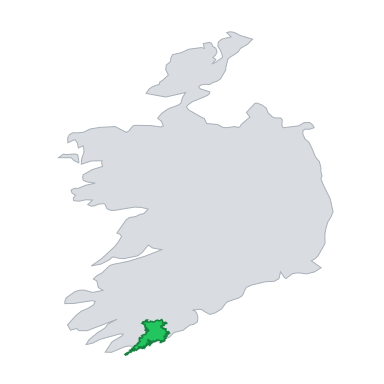 Skibbereen-West Cork Lea-5, Cork, Ireland shown in context, rotated 354°
{"feature_id": "5873133B33035753150692", "entity_name": "Skibbereen-West Cork Lea-5", "entity_type": "district", "adm_level": 2, "iso_a3": "IRL", "parent_name": "Ireland", "parent_adm1": "Cork", "projection": "equal_earth", "projection_center": [-9.179, 51.623], "detail": "fine", "context": "in_parent", "style": "filled", "palette": "green", "viewbox_px": 384, "rotation_deg": 354, "n_neighbors": 0, "source": "geoboundaries", "source_scale": "gbopen_adm2", "svg_char_len": 9329}
<svg xmlns="http://www.w3.org/2000/svg" viewBox="0 0 384 384"><g transform="rotate(354 192 192)"><path d="M252.5,57.6L242.8,62.5L241.3,64.4L238.6,72.0L238.3,74.1L232.2,82.5L228.8,84.3L223.6,85.6L220.6,87.0L216.9,86.3L212.2,86.4L209.9,87.9L210.0,89.1L211.4,90.4L220.2,94.3L219.7,95.9L217.2,97.7L201.7,102.3L197.0,105.0L195.4,106.9L197.1,109.9L209.7,119.0L211.8,120.0L213.7,125.4L224.7,127.6L229.3,130.9L233.2,131.7L241.6,131.4L245.0,132.7L247.0,131.7L248.0,130.0L257.4,123.5L254.4,118.6L263.8,110.4L266.4,110.5L271.0,113.0L274.7,116.5L276.0,121.2L279.5,125.4L281.8,126.9L287.9,127.7L289.3,129.4L288.3,135.5L289.3,137.6L304.8,137.4L310.9,134.7L316.3,135.2L319.0,138.0L320.2,140.8L315.6,141.9L310.8,141.3L308.5,143.1L308.4,146.7L310.1,151.3L313.4,154.6L316.1,162.0L318.5,170.2L321.9,175.2L322.7,181.4L322.3,184.4L323.0,189.9L321.6,191.8L322.8,197.0L328.8,213.6L330.2,226.6L327.5,231.4L323.9,236.1L321.6,241.6L319.8,247.5L318.9,257.1L310.9,268.4L307.5,271.2L303.5,272.9L312.5,280.8L305.4,284.3L297.5,285.4L288.8,283.4L283.4,283.7L276.6,287.8L275.1,287.0L271.7,280.6L269.4,287.3L264.4,289.4L255.9,288.9L241.6,290.7L236.1,292.6L233.9,295.6L232.2,299.1L230.0,301.1L227.5,302.2L216.4,304.7L214.3,305.8L209.2,311.4L202.5,314.6L196.9,315.6L192.0,312.3L189.9,310.4L187.6,309.4L180.0,309.5L182.4,310.5L184.0,312.8L184.8,317.2L183.9,321.6L180.2,323.7L175.7,324.2L168.7,328.6L159.3,329.9L154.3,334.0L123.4,341.0L121.6,341.1L117.4,339.3L112.7,338.5L108.1,339.1L95.1,343.0L88.9,342.2L96.9,332.5L107.7,327.6L108.8,326.2L105.3,325.6L84.9,329.0L77.7,331.9L70.7,332.7L74.0,328.3L83.1,322.2L91.0,318.3L94.5,314.7L104.1,310.7L73.1,319.0L64.9,318.0L63.0,315.7L56.7,316.7L54.3,311.1L63.8,302.6L69.3,299.0L75.8,297.0L82.0,294.2L84.4,290.7L81.4,289.6L62.7,290.5L53.8,289.7L54.3,287.0L55.9,284.0L65.3,278.8L70.3,277.9L74.8,278.4L82.7,281.5L93.2,280.5L88.8,277.2L88.1,270.5L84.7,268.2L89.0,265.1L93.9,263.2L102.1,256.8L105.1,255.8L121.2,254.3L138.7,250.9L156.0,246.2L147.1,243.6L142.9,240.2L136.0,247.1L131.1,249.8L117.2,251.2L112.9,250.4L106.7,248.3L104.8,249.1L103.0,250.7L93.8,254.2L84.1,255.0L95.4,248.7L109.6,238.1L112.8,234.8L117.3,229.0L115.9,226.4L113.0,225.0L123.3,213.1L126.9,210.9L133.5,210.5L138.3,208.7L140.5,208.7L142.4,208.0L146.6,204.4L140.1,202.1L133.3,201.0L112.5,202.2L109.8,201.9L107.2,200.8L105.5,199.3L104.3,195.2L102.7,194.3L98.0,194.3L93.4,195.6L90.2,195.5L87.0,193.7L92.1,189.6L85.6,188.6L78.9,189.4L73.4,188.2L73.3,185.6L75.8,183.0L72.6,180.6L71.9,177.5L75.4,176.0L79.2,176.5L86.9,174.2L96.8,173.1L88.4,170.9L85.0,168.9L84.8,166.0L85.5,163.5L95.4,159.2L105.8,157.3L105.1,154.5L105.8,151.5L95.2,150.6L84.8,152.8L85.9,147.0L88.5,141.8L89.0,138.4L88.5,134.7L83.6,136.3L83.1,131.1L81.0,127.6L73.7,130.0L74.0,125.3L76.1,122.1L79.8,120.6L83.6,121.2L90.5,121.2L97.3,118.7L107.0,118.1L122.4,118.9L133.0,125.8L135.7,124.6L139.9,120.2L141.9,119.7L157.9,121.6L167.8,124.1L170.5,123.3L169.0,118.5L165.6,115.1L169.9,110.7L175.1,107.8L178.6,106.3L186.6,104.4L190.1,102.7L192.4,97.1L196.0,92.4L175.9,94.8L156.7,89.2L159.8,85.3L163.8,83.1L170.8,81.4L171.4,79.3L174.9,77.6L180.7,73.2L178.6,67.4L179.7,63.1L183.9,60.3L185.1,56.4L187.0,53.4L195.5,52.4L203.6,49.7L216.2,49.3L219.4,50.4L218.7,45.6L224.6,45.0L226.9,46.0L227.9,49.4L230.7,51.5L231.5,55.3L229.8,58.2L226.8,60.4L229.6,62.7L225.3,66.9L229.9,65.1L236.5,61.1L236.1,57.7L234.9,53.6L233.0,49.8L233.8,45.7L237.5,43.1L247.1,41.8L243.1,37.1L246.6,36.6L250.5,37.6L256.2,41.3L268.3,46.4L262.5,51.0L255.3,54.2L252.5,57.6ZM82.7,148.9L82.4,151.2L77.8,148.3L75.5,145.3L62.8,143.9L68.1,140.8L70.7,141.7L79.7,141.9L82.2,143.1L82.7,148.9Z" fill="#d9dde1" stroke="#a8b0b8" stroke-width="1"/><path d="M148.5,315.7L148.0,316.1L147.5,316.1L147.2,316.4L146.1,316.8L145.2,316.3L144.9,316.0L144.1,315.9L142.6,316.1L141.5,317.0L140.7,317.1L139.5,317.1L139.1,316.7L138.2,316.5L137.8,316.6L137.4,316.3L137.4,316.6L135.0,316.9L134.4,316.8L134.0,316.2L133.3,316.3L133.5,315.9L133.3,315.6L134.0,315.1L133.8,314.9L134.1,314.7L133.1,314.5L132.3,315.1L132.3,315.7L131.9,316.1L130.8,315.9L129.5,316.1L129.3,316.4L129.9,316.4L129.7,316.9L129.8,317.1L128.8,317.6L130.4,318.3L130.5,318.9L131.5,319.2L131.3,319.7L131.4,319.8L131.3,320.1L131.1,320.4L131.2,320.7L131.1,320.8L131.2,321.4L131.8,321.7L131.5,321.8L131.7,322.5L131.9,322.6L131.5,322.7L131.7,323.3L131.6,323.5L132.5,323.4L132.2,324.0L131.3,324.1L131.1,324.3L130.4,324.1L131.4,324.8L131.7,325.3L133.0,324.9L132.9,324.7L133.1,324.6L133.9,324.2L134.1,324.7L133.5,324.9L134.4,325.3L133.8,325.9L132.5,326.2L131.7,326.7L132.2,327.3L131.8,327.6L131.6,328.1L130.8,328.5L130.5,329.0L129.6,328.7L126.9,329.6L127.1,330.3L127.8,331.0L127.4,331.4L127.2,332.0L125.6,332.1L125.2,331.3L124.7,331.2L124.5,331.4L124.5,331.9L124.2,332.1L124.3,333.6L124.0,333.8L124.3,334.2L124.6,334.8L124.8,334.9L124.9,335.3L124.0,335.3L123.2,336.1L122.7,336.1L122.6,336.4L123.0,336.6L123.0,336.9L121.7,337.2L121.9,338.1L121.3,338.2L120.8,338.6L119.5,338.6L118.9,338.9L118.7,339.2L118.8,339.8L117.2,340.6L117.0,341.0L116.9,341.5L117.3,341.9L117.6,341.7L118.6,342.0L118.2,342.5L117.7,342.5L117.9,342.7L117.5,343.1L118.0,342.8L117.9,343.3L118.6,343.4L118.9,343.3L119.1,342.9L119.1,343.2L120.0,343.2L120.0,343.4L120.3,343.5L120.4,343.2L121.8,342.6L122.6,342.0L122.8,342.1L123.7,341.7L123.4,341.3L123.4,340.9L123.0,341.0L123.1,341.3L122.7,340.8L122.6,340.5L122.7,340.4L123.2,340.4L123.4,340.8L123.6,341.2L124.1,341.0L124.0,341.3L124.3,341.2L124.4,341.4L124.7,341.3L124.5,341.0L125.3,340.8L125.4,341.1L125.2,341.3L125.4,341.3L125.1,341.7L125.4,341.7L125.4,341.8L125.0,342.2L126.3,341.5L127.0,341.5L127.2,341.2L127.2,341.5L127.6,341.6L127.0,341.9L126.8,342.3L127.3,342.2L127.8,342.4L128.3,342.0L128.9,342.0L129.0,341.8L128.8,341.8L128.6,341.5L128.8,341.3L128.5,341.1L129.2,340.5L129.0,340.4L129.2,340.2L130.2,340.3L130.3,340.1L130.2,340.0L130.6,339.6L130.3,339.4L131.3,338.8L131.3,338.5L131.5,338.5L131.4,338.2L131.8,338.4L131.1,339.4L131.2,339.6L131.6,339.5L131.9,339.3L132.3,339.3L132.4,339.1L132.3,338.9L132.0,338.9L132.1,338.6L132.8,338.4L132.5,338.9L132.9,339.2L133.6,338.7L134.0,338.7L133.6,338.3L134.7,338.0L134.4,337.6L134.7,337.9L135.4,337.8L134.8,337.1L134.9,336.9L134.7,336.9L135.1,336.6L134.8,336.5L134.9,336.3L133.9,336.1L133.2,336.1L133.5,335.9L133.5,335.3L132.9,335.1L133.0,334.9L132.6,334.6L133.1,334.4L133.1,334.6L133.5,334.8L133.7,335.5L133.9,335.8L134.3,335.8L134.5,335.6L135.3,335.9L135.3,336.2L135.6,336.6L135.9,336.6L136.0,336.8L136.1,337.0L136.5,336.9L136.9,337.2L138.1,336.9L138.4,336.7L137.8,336.3L137.9,336.0L138.6,336.6L139.2,336.7L139.6,336.4L139.4,336.2L140.1,336.6L140.3,336.4L140.2,336.2L140.5,336.0L141.4,336.1L141.6,335.9L141.3,335.7L141.5,335.5L141.8,335.7L142.2,335.5L142.8,335.6L143.6,336.1L143.9,336.0L145.0,336.6L145.1,337.4L145.3,337.3L145.2,337.5L145.4,338.1L145.0,338.4L145.4,338.5L145.6,338.2L146.1,337.9L146.1,337.7L145.9,337.5L146.2,337.1L147.1,337.1L147.2,337.6L147.4,337.5L147.6,337.7L148.4,337.1L148.6,337.0L148.8,337.1L148.8,336.6L149.4,336.7L149.3,336.3L149.4,336.1L149.0,336.0L149.2,335.5L149.1,335.4L149.8,335.1L149.8,334.9L150.7,334.7L150.5,334.4L150.9,333.5L149.1,333.1L149.2,332.5L150.6,333.0L151.3,333.2L152.0,332.7L151.9,332.6L152.2,332.4L151.9,332.0L152.0,331.8L151.7,331.9L151.3,331.8L151.3,331.4L150.8,331.1L150.7,330.6L152.3,329.7L153.4,330.0L153.6,330.4L153.4,330.6L153.5,330.8L153.8,330.6L153.7,330.4L153.9,330.1L154.7,329.9L154.5,329.7L154.5,329.0L154.1,328.4L153.2,328.4L152.8,328.7L152.1,328.6L151.8,328.0L151.9,327.7L151.1,326.3L151.8,325.9L151.8,325.4L150.8,325.2L150.5,325.6L149.8,325.5L149.2,324.9L149.4,324.9L149.5,324.4L148.3,324.4L148.1,323.2L146.9,323.0L146.8,322.7L147.4,321.9L147.9,321.7L147.8,321.9L148.3,322.1L149.1,321.7L149.3,321.9L150.2,321.8L150.6,321.5L150.6,320.9L150.9,320.7L150.8,320.4L152.6,319.9L153.1,320.1L153.2,319.8L152.7,319.3L152.6,318.9L152.8,318.8L151.6,318.8L150.7,319.4L149.9,319.7L149.4,319.6L149.3,319.1L149.5,318.7L149.4,318.3L148.6,318.2L149.4,317.9L149.3,317.4L149.2,317.1L149.1,316.5L148.5,315.7ZM111.8,344.7L110.1,345.8L109.9,345.5L109.3,345.9L109.5,345.9L108.6,346.8L109.1,346.6L108.9,346.7L109.1,346.8L109.0,347.2L109.5,347.2L109.4,347.4L109.7,346.8L110.1,346.6L110.0,346.2L110.4,346.2L110.3,346.5L110.5,346.9L111.6,346.2L111.7,345.9L112.9,345.0L112.6,344.9L112.6,344.7L111.8,344.7ZM115.4,344.1L116.6,343.4L116.8,343.5L116.6,343.1L117.0,343.2L116.7,342.6L116.8,342.4L116.6,342.2L116.9,342.0L116.8,341.7L116.2,341.6L115.6,342.0L116.0,342.2L115.8,342.3L115.7,342.7L116.4,342.9L116.3,343.1L116.0,343.3L116.2,343.1L115.6,343.1L115.7,342.7L115.4,342.5L114.5,342.7L114.8,342.8L114.6,343.0L115.2,342.9L115.3,343.1L115.2,343.2L115.4,343.2L115.1,343.5L115.3,343.5L115.2,343.7L114.2,344.0L114.6,344.0L114.3,344.3L114.5,344.2L114.3,344.5L114.5,344.8L114.6,344.6L115.2,344.5L115.4,344.1ZM130.3,340.3L130.7,340.3L130.9,340.1L130.3,340.3ZM134.7,338.3L134.3,338.5L134.9,338.4L134.7,338.3ZM123.7,341.5L123.8,341.3L123.6,341.4L123.7,341.5ZM120.3,343.9L120.6,343.8L120.1,344.0L120.3,343.9ZM116.3,341.3L116.1,341.3L116.1,341.5L116.3,341.4L116.3,341.3ZM134.4,339.6L134.3,339.8L134.5,339.7L134.4,339.6ZM115.9,341.5L115.7,341.6L115.9,341.5ZM114.0,344.8L114.2,344.6L113.9,344.8L114.0,344.8ZM135.1,338.3L134.9,338.4L135.1,338.4L135.1,338.3ZM111.5,344.5L111.4,344.5L111.5,344.5ZM127.9,343.5L128.1,343.4L127.9,343.5ZM139.2,336.8L139.4,336.8L139.2,336.8L139.2,336.8Z" fill="#22c55e" stroke="#15803d" stroke-width="1.5"/></g></svg>